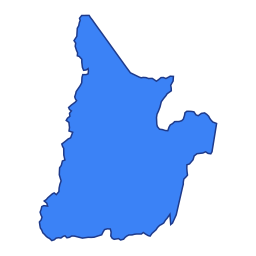 Altamira do Maranhão, Maranhão, Brazil (Robinson projection)
{"feature_id": "56859067B15453031622784", "entity_name": "Altamira do Maranhão", "entity_type": "district", "adm_level": 2, "iso_a3": "BRA", "parent_name": "Brazil", "parent_adm1": "Maranhão", "projection": "robinson", "projection_center": [-45.508, -4.137], "detail": "fine", "context": "isolated", "style": "filled", "palette": "blue", "viewbox_px": 256, "rotation_deg": 0, "n_neighbors": 0, "source": "geoboundaries", "source_scale": "gbopen_adm2", "svg_char_len": 2649}
<svg xmlns="http://www.w3.org/2000/svg" viewBox="0 0 256 256"><path d="M173.4,76.4L170.2,76.2L168.3,77.3L165.9,78.5L163.3,77.5L161.0,77.6L158.8,79.5L156.4,81.2L152.3,78.4L148.5,78.5L146.0,77.6L143.2,77.4L141.1,77.8L139.0,77.0L130.4,72.8L126.1,67.0L100.3,31.1L98.9,29.2L93.9,22.2L92.6,20.3L90.4,17.5L89.1,15.4L81.7,15.5L79.5,18.3L80.2,20.4L79.4,22.4L78.7,25.8L77.3,28.2L76.8,36.3L74.0,40.6L75.7,43.1L75.2,46.3L76.5,50.4L77.6,52.8L77.3,55.8L79.3,56.5L81.8,59.3L81.8,62.2L82.4,67.3L83.6,70.3L86.1,70.0L88.1,68.6L88.4,71.3L88.1,73.8L86.1,74.6L82.8,74.6L82.0,77.3L81.7,82.8L80.3,85.5L76.2,91.5L75.6,94.1L74.7,96.8L75.4,98.9L76.6,100.6L75.2,102.2L71.4,105.0L68.6,107.5L69.5,109.5L71.4,110.9L69.5,113.3L69.9,116.3L67.5,118.2L66.2,120.4L68.9,122.4L69.5,127.6L69.0,131.0L72.7,132.3L70.6,137.8L68.2,138.9L64.7,141.8L61.8,144.0L62.6,146.5L63.7,148.3L63.8,155.1L64.9,160.0L62.4,161.0L61.3,165.4L59.6,167.8L59.4,171.9L59.3,174.8L61.1,180.9L59.9,184.3L59.1,188.1L58.9,191.6L56.3,194.6L54.2,192.9L52.4,193.8L50.4,195.5L47.8,197.8L46.4,199.5L44.2,201.0L46.8,203.2L47.6,206.1L43.8,205.6L41.8,206.6L41.1,209.5L40.1,212.1L40.9,214.8L42.0,217.1L41.2,219.8L39.4,222.0L39.9,225.5L40.4,228.1L41.6,229.8L42.9,232.9L44.4,234.3L45.9,236.0L47.5,237.4L49.6,238.5L51.8,240.6L54.4,239.7L56.0,238.2L58.3,237.7L60.9,238.0L63.1,236.4L65.0,235.8L66.9,237.8L69.5,237.3L71.7,236.0L74.5,236.1L82.4,238.1L85.3,237.7L88.2,237.3L91.2,237.4L94.1,237.2L98.1,235.9L101.7,234.8L102.9,232.3L104.5,229.6L107.3,228.8L110.3,229.0L111.1,232.1L110.8,236.0L112.2,238.3L114.1,239.3L118.5,238.6L120.6,240.0L123.6,239.2L125.0,237.5L126.6,236.2L128.8,235.0L132.1,234.9L134.7,234.2L136.7,234.0L138.9,234.0L141.4,234.0L143.3,232.5L145.6,234.1L148.2,235.6L150.1,236.1L152.0,233.4L156.0,229.8L157.5,227.5L159.6,225.4L161.5,224.4L163.7,223.0L165.4,220.2L167.2,218.1L168.5,216.3L169.9,214.3L170.7,224.5L172.5,223.0L176.2,214.9L182.7,186.5L183.3,184.2L183.3,182.1L183.8,179.1L186.2,176.7L187.5,175.1L187.1,172.1L186.8,168.4L186.9,164.8L189.5,163.9L193.0,159.8L194.2,155.9L197.0,153.7L202.9,153.0L205.6,151.8L208.0,153.4L210.8,153.8L212.0,151.8L216.6,123.5L212.8,122.0L211.0,120.1L209.7,118.3L208.7,116.3L206.8,114.4L204.6,112.9L201.4,113.4L198.2,115.7L196.0,114.9L193.9,111.8L191.3,111.4L189.1,111.3L186.8,111.3L185.0,112.7L184.5,115.5L183.3,119.2L181.7,120.7L179.2,121.5L174.7,121.6L172.7,123.5L170.3,124.9L169.0,127.2L167.8,130.7L165.2,130.5L162.5,129.6L159.5,129.2L157.4,126.6L156.8,124.3L156.5,117.6L157.0,114.2L158.4,111.2L160.0,107.0L161.3,101.7L163.6,98.5L165.9,95.7L167.1,93.8L168.9,92.5L171.3,90.8L171.2,88.1L170.7,85.3L173.1,81.0L173.4,76.4Z" fill="#3b82f6" stroke="#1e3a8a" stroke-width="1.5"/></svg>